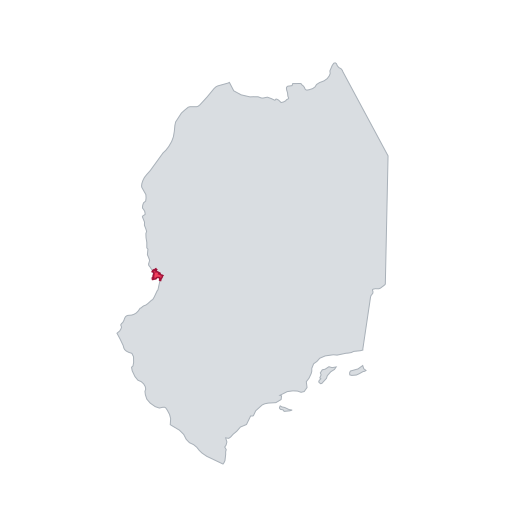 location of Kyela, Mbeya, United Republic of Tanzania, rotated 62°
{"feature_id": "72390352B41643980878870", "entity_name": "Kyela", "entity_type": "district", "adm_level": 2, "iso_a3": "TZA", "parent_name": "United Republic of Tanzania", "parent_adm1": "Mbeya", "projection": "orthographic", "projection_center": [33.836, -9.544], "detail": "fine", "context": "in_parent", "style": "filled", "palette": "rose", "viewbox_px": 512, "rotation_deg": 62, "n_neighbors": 0, "source": "geoboundaries", "source_scale": "gbopen_adm2", "svg_char_len": 6125}
<svg xmlns="http://www.w3.org/2000/svg" viewBox="0 0 512 512"><g transform="rotate(62 256 256)"><path d="M197.6,348.6L192.7,346.0L188.2,344.5L184.5,342.7L182.9,341.0L179.4,340.4L176.5,340.1L173.7,338.5L168.0,337.9L167.4,336.9L167.3,334.5L166.3,333.9L164.3,333.3L162.0,333.4L160.7,333.7L159.9,333.5L158.0,332.2L156.3,330.4L155.7,327.6L153.1,325.8L150.1,324.4L141.8,324.6L140.5,324.2L138.5,322.8L136.2,320.4L134.3,317.7L132.7,314.1L130.9,309.2L121.3,289.6L120.3,285.9L118.4,281.7L115.3,276.7L112.0,273.0L107.6,269.6L102.6,266.3L99.9,264.0L94.8,254.8L93.7,250.5L92.8,246.0L93.2,244.2L96.3,238.4L96.6,236.7L96.2,234.6L94.6,230.0L92.6,224.4L88.4,214.3L87.8,211.7L87.9,209.8L90.2,199.4L90.2,198.0L99.7,198.1L106.7,193.5L112.7,186.6L114.0,183.8L116.4,179.4L118.8,177.3L119.8,175.8L121.1,171.4L124.3,168.5L127.4,166.2L126.8,164.6L127.3,164.0L128.9,162.9L132.3,161.8L132.9,159.5L132.9,157.0L132.3,155.5L132.4,153.9L131.9,153.0L129.8,152.8L126.6,151.5L123.8,151.0L122.0,150.3L121.3,149.7L121.0,148.2L122.5,144.2L121.0,142.6L124.4,136.1L125.0,135.3L126.2,135.2L128.1,134.4L129.9,134.1L131.3,134.3L132.4,134.1L133.4,133.3L134.1,131.1L134.8,127.4L134.4,124.4L133.0,122.1L132.7,118.5L133.3,113.8L132.8,109.8L131.3,106.7L129.7,104.8L127.3,103.9L123.5,99.2L122.3,96.8L122.6,95.4L123.9,94.7L126.3,94.9L128.5,94.4L130.6,93.0L132.7,92.6L133.8,92.8L229.6,92.4L341.5,155.0L341.9,155.8L342.8,161.2L342.6,163.0L340.9,166.0L340.4,167.6L340.3,168.8L340.8,169.2L342.2,169.4L343.5,170.1L343.9,170.7L344.9,173.0L346.1,174.2L388.2,205.3L389.2,205.8L388.6,208.4L386.1,214.5L386.0,217.1L385.0,220.2L384.1,222.2L381.6,230.9L379.5,234.1L376.7,241.8L376.2,247.7L377.7,251.8L378.2,255.7L381.4,259.5L384.0,260.9L385.8,262.6L388.8,266.6L390.6,270.6L396.1,272.7L398.3,277.1L397.5,280.2L394.8,282.7L392.4,286.7L390.4,292.1L390.2,300.4L391.5,299.1L394.5,301.2L394.8,307.3L391.6,314.3L390.6,317.6L390.4,320.4L392.5,328.9L395.8,333.3L395.5,334.6L394.7,335.8L400.3,343.5L399.7,350.1L401.7,355.3L402.6,359.8L403.9,363.3L404.2,365.7L402.3,368.2L406.5,369.0L408.9,371.2L410.0,373.3L413.0,373.2L414.6,374.7L416.9,375.9L422.0,379.4L423.4,381.2L424.2,382.8L409.8,393.5L404.6,396.2L400.9,397.4L397.0,398.1L393.2,399.7L389.6,402.4L385.1,403.7L379.6,403.6L373.8,405.4L364.7,410.9L359.5,407.7L355.3,406.7L350.6,406.7L347.7,407.0L346.6,407.7L345.7,409.6L344.9,412.7L341.7,415.7L336.2,418.5L331.1,419.6L326.5,418.8L323.4,417.6L321.8,415.9L319.4,415.1L316.2,415.2L313.1,416.3L310.2,418.6L305.6,419.5L299.2,419.2L295.8,418.1L295.3,416.2L292.5,414.0L287.4,411.4L283.7,411.3L281.2,413.7L279.0,415.2L277.0,415.9L275.2,415.9L272.6,415.3L265.6,415.0L258.9,415.0L258.2,411.5L256.9,409.4L255.7,408.1L253.4,407.8L252.7,406.8L252.0,404.6L250.8,402.8L249.3,401.2L248.4,399.8L248.1,398.5L248.3,397.0L249.8,393.5L250.2,391.0L250.1,388.5L249.3,385.9L247.7,382.8L247.9,381.9L247.4,379.8L247.3,378.4L247.6,376.5L247.3,374.1L246.0,369.0L246.0,367.7L244.5,365.2L240.1,359.3L239.9,358.5L232.9,352.6L230.0,351.3L229.0,352.4L228.7,353.4L229.0,355.3L228.8,356.3L228.5,356.7L226.8,356.6L225.8,356.4L223.1,354.8L221.1,354.4L215.9,354.7L214.1,355.1L212.7,354.7L210.0,352.0L206.8,351.5L203.9,351.3L199.2,348.2L197.6,348.6ZM397.1,251.2L399.4,257.7L399.1,258.9L397.4,259.6L396.6,259.7L395.5,258.6L394.9,256.4L393.6,256.9L391.5,254.3L389.4,254.1L387.6,250.9L388.4,248.2L388.0,243.6L390.3,241.2L391.6,237.3L393.0,240.0L393.3,244.3L395.2,249.3L397.1,251.2ZM408.7,212.6L408.8,214.2L408.3,215.6L408.4,220.2L408.2,223.3L406.4,227.5L405.0,229.0L403.7,228.5L402.7,227.8L401.9,226.6L403.6,218.9L402.8,213.2L406.1,213.8L408.7,212.6ZM402.9,306.4L401.3,306.7L400.7,306.3L399.7,305.0L401.4,304.0L403.1,301.9L407.1,298.9L409.0,296.4L408.6,298.8L406.4,304.1L404.5,304.4L402.9,306.4Z" fill="#d9dde1" stroke="#a8b0b8" stroke-width="1"/><path d="M232.9,351.7L232.4,351.4L232.2,351.3L232.1,351.1L231.5,350.2L231.0,349.4L230.6,348.8L230.5,348.6L230.0,348.4L229.9,348.2L229.7,347.9L229.6,347.7L229.6,347.4L229.3,347.5L229.2,347.6L228.7,348.1L228.5,348.4L228.3,348.6L228.2,348.7L227.9,348.8L227.7,348.8L227.4,349.0L227.2,349.2L227.1,349.3L227.0,349.5L226.9,349.5L226.7,349.5L226.6,349.3L226.6,349.2L226.4,349.0L226.3,348.9L226.2,348.8L225.8,349.0L226.0,349.3L226.0,349.6L225.9,349.8L225.9,350.0L225.8,349.9L225.6,350.0L225.4,350.0L225.2,350.0L225.2,349.9L224.9,349.9L224.7,349.8L224.4,349.9L224.2,350.1L223.8,350.4L223.7,350.5L223.4,350.7L223.1,351.2L223.1,351.3L223.0,351.2L222.9,351.2L222.7,351.0L222.4,351.1L222.2,351.1L221.9,351.1L221.9,350.9L221.6,350.9L221.5,350.7L221.4,350.5L221.3,350.4L221.2,350.4L221.2,350.2L221.0,350.3L220.9,350.3L220.7,350.4L220.4,350.4L220.2,350.4L220.2,350.5L220.3,350.6L220.3,350.8L220.4,351.0L220.4,351.3L220.5,351.3L220.8,351.5L220.6,351.5L220.5,351.8L220.5,352.0L220.5,352.3L220.7,352.5L220.8,352.6L220.6,352.7L220.5,352.8L220.3,352.9L220.2,352.9L220.2,353.1L220.2,353.4L220.2,353.5L220.3,353.7L220.3,353.9L221.1,354.4L221.0,354.6L221.0,354.8L221.3,354.7L221.4,354.8L221.5,354.6L221.6,354.4L221.8,354.2L222.0,354.0L222.3,354.1L222.5,354.0L222.9,354.0L223.0,354.0L223.4,354.1L223.5,354.2L223.5,354.4L223.6,354.5L223.8,354.7L224.0,354.7L224.2,354.8L224.4,355.0L224.5,355.0L224.6,355.3L224.6,355.5L224.8,355.6L225.0,355.7L224.9,355.7L224.9,355.8L225.0,355.8L225.1,355.7L225.3,355.8L225.2,355.8L225.3,355.9L225.4,356.0L225.5,356.0L225.5,355.9L225.6,356.0L225.7,356.3L225.8,356.4L226.0,356.3L226.2,356.5L226.2,356.4L226.3,356.4L226.3,356.5L226.5,356.7L226.4,356.7L226.4,356.8L226.5,356.8L226.6,356.7L226.6,356.8L226.6,357.0L226.7,356.9L226.8,356.9L226.9,357.0L227.0,357.2L226.9,357.2L227.0,357.2L227.1,357.3L227.1,357.2L227.2,357.3L227.3,357.3L227.4,357.5L227.5,357.5L227.6,357.8L227.6,358.0L227.7,357.9L227.8,357.9L228.0,357.8L228.2,358.0L228.3,358.1L228.4,357.9L228.3,357.7L228.4,357.2L228.5,357.1L228.5,356.9L228.6,356.7L228.8,356.2L228.8,355.9L228.8,355.7L228.9,355.4L229.0,355.3L229.1,355.2L228.9,355.0L228.9,354.9L228.7,354.6L228.8,354.4L228.6,353.9L228.5,353.6L228.8,352.8L229.2,352.1L229.3,352.0L229.7,351.8L229.8,351.6L230.0,351.6L230.0,351.4L230.1,351.5L231.0,351.4L231.2,351.6L232.0,352.5L232.3,352.4L232.7,352.1L232.9,351.7Z" fill="#f43f5e" stroke="#9f1239" stroke-width="1.5"/></g></svg>